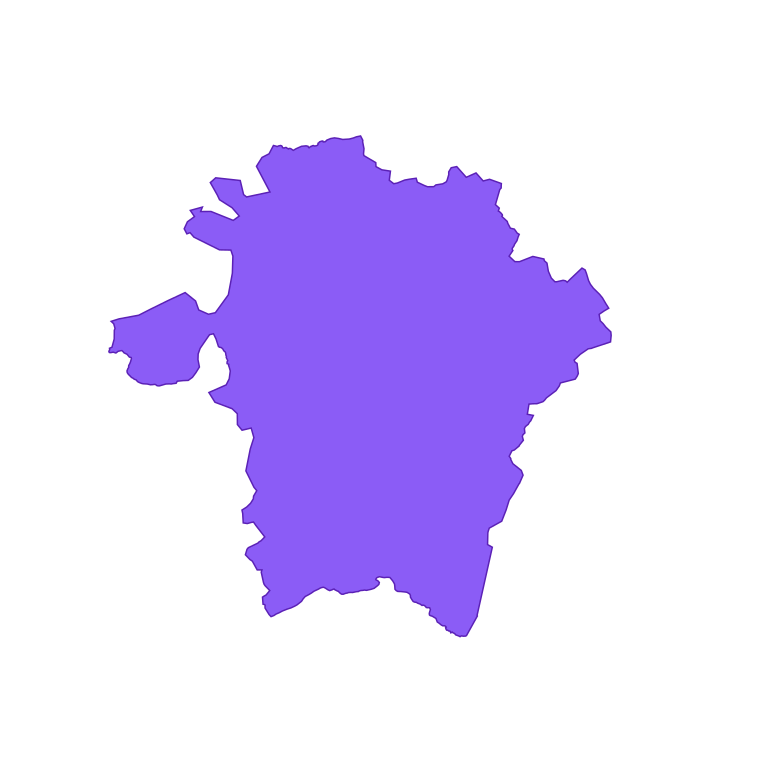 Ganjuwa, Bauchi, Nigeria, rotated 245°
{"feature_id": "59680162B89766877463651", "entity_name": "Ganjuwa", "entity_type": "district", "adm_level": 2, "iso_a3": "NGA", "parent_name": "Nigeria", "parent_adm1": "Bauchi", "projection": "equal_earth", "projection_center": [9.981, 10.738], "detail": "fine", "context": "isolated", "style": "filled", "palette": "violet", "viewbox_px": 768, "rotation_deg": 245, "n_neighbors": 0, "source": "geoboundaries", "source_scale": "gbopen_adm2", "svg_char_len": 6171}
<svg xmlns="http://www.w3.org/2000/svg" viewBox="0 0 768 768"><g transform="rotate(245 384 384)"><path d="M512.1,573.0L514.3,574.1L516.1,575.1L524.9,566.2L526.1,559.7L536.4,556.6L536.6,545.9L550.3,541.8L551.6,536.3L548.9,532.3L546.3,531.1L541.9,527.2L540.9,525.8L540.6,521.8L542.5,515.2L541.8,512.5L544.4,506.8L546.8,504.5L552.8,499.5L556.9,500.1L558.9,493.5L560.1,488.9L560.5,481.1L561.4,477.5L566.4,474.9L574.2,479.8L579.0,472.6L584.4,468.6L588.1,470.1L599.5,462.3L601.2,462.7L605.7,465.3L612.5,467.0L613.9,467.8L618.7,467.6L619.7,463.4L619.9,460.3L620.7,456.0L623.1,449.9L625.8,446.5L628.0,443.1L629.0,439.4L629.2,435.3L628.4,433.2L628.7,432.2L629.1,431.2L629.5,431.1L630.1,431.2L630.5,430.0L630.7,427.9L630.2,427.1L630.1,426.0L629.4,425.5L628.9,425.4L628.5,424.6L628.5,423.4L628.8,422.3L629.3,421.2L629.9,420.9L630.3,419.6L629.9,418.8L630.3,417.9L630.1,417.0L629.7,416.2L630.1,415.6L631.6,415.6L632.8,414.0L634.3,409.7L634.4,403.8L634.1,400.5L636.8,398.9L637.6,397.6L637.4,396.8L638.5,395.9L639.5,395.5L640.0,394.6L640.1,393.2L641.1,391.9L642.1,392.1L643.1,391.9L643.9,391.0L644.3,389.3L644.4,387.4L645.2,386.7L646.9,384.6L641.2,377.1L640.9,369.2L635.2,360.4L606.2,361.8L611.6,338.5L615.0,336.8L629.2,339.7L642.0,318.6L640.4,313.3L640.0,311.7L625.6,312.8L620.5,312.8L608.0,320.8L597.4,323.8L596.0,316.5L613.5,300.1L617.8,290.7L621.1,294.2L623.2,281.8L615.8,283.0L614.1,274.4L609.1,268.5L603.4,268.8L603.1,272.2L597.4,273.8L575.1,291.6L570.1,301.8L563.8,301.1L548.5,293.4L530.6,280.6L519.9,261.3L521.4,254.4L529.4,247.4L538.9,248.3L550.9,242.4L550.9,223.8L550.5,204.6L550.0,190.8L555.0,171.5L556.1,163.2L552.8,164.5L548.0,163.7L546.7,162.3L538.8,158.5L532.3,153.0L532.4,150.3L531.0,149.9L530.3,148.9L529.5,148.3L528.6,148.4L527.9,149.6L527.3,152.0L525.4,154.1L525.6,155.2L526.0,156.8L525.4,159.6L525.0,160.6L523.6,161.2L522.2,161.5L519.5,163.7L516.0,164.6L514.8,166.1L513.7,165.8L511.0,163.4L509.6,161.8L508.7,160.5L507.9,160.0L506.9,159.6L506.2,158.4L504.5,156.6L502.8,156.1L500.8,156.4L498.5,157.3L496.7,157.9L495.3,159.0L494.0,159.6L492.3,161.2L490.4,161.6L488.9,162.7L486.9,164.6L486.0,165.8L484.0,169.5L482.0,172.0L481.2,174.0L480.7,175.7L480.1,176.7L478.5,177.5L477.7,178.6L477.2,179.7L476.7,182.9L476.2,186.2L474.9,189.4L473.9,191.2L473.5,192.9L472.5,195.9L473.9,197.8L472.0,203.3L470.0,208.1L471.0,213.2L473.7,218.2L477.4,223.9L484.7,225.7L489.8,228.3L494.0,232.4L502.2,246.3L502.2,246.5L502.4,246.8L501.6,250.7L495.9,250.8L487.9,249.8L486.8,250.5L485.7,252.0L483.5,252.8L481.9,252.8L480.2,253.6L479.1,253.6L476.9,252.9L475.8,252.9L474.6,252.2L471.3,252.3L470.3,251.1L468.8,250.4L467.4,251.6L466.3,250.9L465.2,250.9L460.8,250.2L454.1,245.9L449.9,240.6L450.3,221.7L438.9,223.1L425.8,235.9L419.1,238.5L409.2,234.0L402.1,235.8L400.2,245.0L390.4,243.4L381.6,235.3L363.6,222.1L345.3,222.5L341.1,223.6L337.5,218.4L335.1,217.0L332.3,212.7L330.5,207.5L329.8,202.0L326.3,201.2L317.6,197.7L315.3,201.1L314.6,205.4L314.0,207.4L309.9,208.1L295.8,211.3L293.9,206.3L293.7,203.9L293.1,202.4L293.0,191.9L292.1,190.0L287.8,186.2L281.6,188.3L279.1,189.8L269.1,190.5L267.1,194.8L265.3,193.2L255.1,190.9L253.2,190.7L251.4,191.0L245.1,193.2L242.6,187.9L242.5,186.0L242.2,183.8L235.5,181.3L234.5,182.6L233.6,182.7L232.6,182.1L231.2,181.5L223.7,182.4L220.9,183.3L220.7,186.4L221.1,189.0L221.0,192.4L221.2,196.1L220.9,201.1L220.4,205.0L220.4,209.3L220.6,211.9L221.9,217.4L223.5,220.0L224.7,222.8L224.9,226.7L225.2,229.8L225.8,233.0L225.8,238.1L226.0,240.3L225.7,242.2L225.2,243.5L223.6,244.7L221.3,246.1L219.7,247.5L219.4,250.1L219.5,251.1L219.3,252.1L218.3,252.5L216.0,254.3L215.3,255.1L214.0,255.4L212.4,256.1L211.4,256.8L210.7,258.2L210.5,260.8L210.0,262.6L210.0,263.7L209.1,265.9L208.3,267.4L207.5,271.0L206.7,273.2L206.9,274.3L206.6,275.8L205.9,277.6L205.5,279.2L204.4,280.9L203.4,285.4L203.0,288.7L203.8,292.3L204.5,294.6L206.1,295.9L208.5,295.2L209.6,294.1L210.5,294.0L211.3,295.2L211.5,296.0L211.3,298.4L209.0,301.5L208.3,302.7L207.7,304.6L206.8,306.5L206.1,307.6L201.8,308.7L198.4,309.0L196.4,308.4L193.3,307.2L191.5,307.8L190.2,308.8L188.7,311.7L186.4,315.5L185.4,316.9L182.7,318.6L180.9,318.5L179.8,317.9L177.7,318.0L174.6,318.5L173.5,319.4L172.4,321.1L171.2,321.8L169.3,323.7L167.2,324.9L167.2,325.8L166.4,326.8L164.9,327.6L163.6,327.8L162.9,328.8L162.4,330.0L161.9,330.8L159.9,330.7L157.9,328.8L156.6,327.9L155.3,327.6L154.5,328.1L154.0,328.7L152.9,329.8L151.5,330.7L149.6,332.0L145.8,331.7L144.0,332.8L141.3,334.1L139.9,335.2L139.4,336.6L138.2,337.5L137.3,337.6L137.1,336.8L135.2,336.6L134.4,336.8L134.0,337.6L132.9,338.2L132.2,339.2L131.7,339.5L130.3,339.3L130.2,340.0L130.4,340.9L129.2,341.5L128.6,342.1L127.6,342.7L126.4,342.9L124.0,345.3L123.0,346.0L122.8,346.5L123.1,347.5L122.7,348.3L122.0,349.1L121.1,351.3L121.1,352.4L134.3,370.6L135.0,370.6L190.3,413.2L194.7,410.0L205.2,415.2L206.5,416.2L208.9,418.5L209.9,432.7L218.3,441.5L225.9,448.4L229.9,455.1L236.5,464.2L236.6,464.7L242.6,471.5L247.6,471.9L257.3,467.1L262.0,467.0L262.9,467.4L265.6,466.9L269.4,471.7L269.1,474.2L270.8,480.5L271.1,480.6L271.4,481.0L274.1,486.5L278.0,487.2L279.3,488.5L280.1,491.0L284.3,492.4L285.6,494.1L286.4,497.1L286.4,497.5L288.0,499.8L288.7,501.6L289.1,502.0L292.4,506.1L296.0,501.1L304.5,506.9L303.2,510.5L301.5,514.3L300.8,520.6L301.4,522.6L302.8,525.4L305.3,537.1L308.2,542.1L310.4,544.3L307.6,559.4L309.4,562.3L311.3,564.5L321.1,567.7L322.9,566.4L325.3,566.4L328.0,574.5L329.6,584.0L328.6,587.2L328.6,588.2L326.4,607.1L332.0,610.4L335.4,611.6L341.8,609.1L346.1,608.1L349.9,606.7L356.2,608.4L357.2,614.5L357.7,619.7L363.2,619.0L369.7,618.4L374.1,617.3L382.4,614.2L387.2,613.2L391.1,613.1L398.6,614.2L402.4,614.5L405.4,612.4L400.5,597.7L398.8,593.0L399.8,592.7L401.0,591.9L402.3,590.1L403.7,583.7L404.4,582.1L409.3,580.4L416.7,580.6L424.7,582.8L428.0,581.4L429.7,581.8L436.7,572.8L437.6,558.5L439.6,554.3L447.0,551.4L450.5,557.2L451.7,557.1L452.8,557.6L454.2,560.1L455.5,561.4L457.7,565.1L460.5,567.6L462.5,569.8L464.4,568.5L469.3,567.6L471.8,564.4L477.3,564.1L479.3,564.4L485.6,561.8L486.2,561.7L486.6,562.5L487.5,562.8L489.4,562.3L490.9,561.7L491.5,561.4L492.4,560.7L494.7,562.8L499.5,560.8L511.3,571.1L512.1,573.0Z" fill="#8b5cf6" stroke="#5b21b6" stroke-width="1.5"/></g></svg>